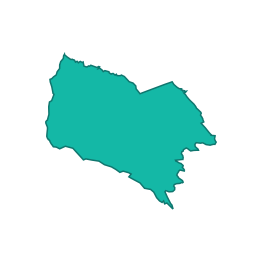 Kongba, Gbapolu, Liberia, rotated 70°
{"feature_id": "62588387B18809430914172", "entity_name": "Kongba", "entity_type": "district", "adm_level": 2, "iso_a3": "LBR", "parent_name": "Liberia", "parent_adm1": "Gbapolu", "projection": "mercator", "projection_center": [-10.454, 7.678], "detail": "fine", "context": "isolated", "style": "filled", "palette": "teal", "viewbox_px": 256, "rotation_deg": 70, "n_neighbors": 0, "source": "geoboundaries", "source_scale": "gbopen_adm2", "svg_char_len": 3253}
<svg xmlns="http://www.w3.org/2000/svg" viewBox="0 0 256 256"><g transform="rotate(70 128 128)"><path d="M219.0,113.7L218.9,113.3L218.6,113.3L215.9,113.1L215.3,113.1L213.5,113.8L206.4,114.7L200.6,115.1L200.3,114.8L200.0,114.2L199.8,113.9L202.0,111.3L202.7,108.9L203.0,107.7L202.0,105.3L199.9,104.4L198.9,104.8L198.3,105.0L197.0,103.9L196.9,101.5L197.8,98.2L197.6,96.4L198.1,95.5L198.0,95.2L197.8,94.7L196.1,94.8L192.8,97.1L192.7,97.2L191.4,97.7L191.2,97.6L189.0,98.3L187.7,97.2L186.0,95.0L185.6,94.6L185.3,93.5L186.2,92.1L187.5,90.1L187.4,90.1L186.9,89.4L185.7,89.6L183.4,90.4L183.0,89.7L182.9,89.5L182.1,89.0L180.2,90.0L179.4,90.4L179.4,90.5L179.0,91.0L178.7,91.5L176.1,93.6L175.6,94.3L175.4,94.3L174.5,94.4L174.7,93.8L176.2,87.4L176.3,87.2L175.6,86.8L174.7,86.3L172.5,86.0L170.5,86.7L170.2,86.4L169.2,85.8L168.6,85.4L168.6,84.9L168.6,84.1L167.7,83.5L167.3,83.3L166.7,80.1L167.2,79.6L168.1,78.8L169.0,78.3L169.2,78.2L171.0,76.9L171.5,74.0L172.0,72.3L173.0,69.4L171.9,69.4L168.5,71.2L166.3,70.8L165.5,69.5L165.1,68.9L166.0,67.2L167.2,64.7L167.2,63.5L167.9,62.4L170.3,60.3L172.2,56.7L172.5,53.5L173.1,51.9L172.9,51.7L171.4,50.0L169.7,50.4L168.8,50.4L167.8,50.4L165.3,48.9L165.0,48.8L164.6,49.7L163.3,52.4L162.8,52.1L162.1,52.5L161.6,52.7L160.5,53.2L154.3,55.3L153.3,55.7L149.5,57.3L148.5,57.7L148.4,56.6L148.3,55.5L148.2,54.7L146.0,54.8L144.6,54.6L144.3,54.7L142.7,54.9L140.7,55.5L139.4,54.4L139.1,54.1L137.8,54.3L137.5,54.5L136.7,54.9L135.4,55.5L133.1,56.7L132.8,56.9L131.2,57.0L128.1,57.9L127.3,58.3L123.7,60.1L122.1,60.8L118.5,62.1L116.2,62.6L114.1,63.6L114.1,63.0L114.1,61.8L113.4,60.6L113.2,61.6L113.0,62.2L112.3,62.2L112.0,63.8L111.2,63.6L110.4,64.9L110.0,64.7L109.5,64.3L109.0,65.4L108.5,66.5L106.3,68.1L102.8,70.0L99.7,70.7L99.7,72.7L99.6,78.0L99.8,98.3L99.9,105.0L97.1,105.9L94.0,107.0L91.9,106.5L91.1,106.3L87.5,107.9L84.9,111.1L82.2,112.2L78.4,113.8L76.0,116.1L76.2,117.3L75.1,120.3L73.5,120.6L73.9,122.0L71.7,123.3L71.4,124.6L71.6,125.4L69.8,126.7L68.6,126.7L66.2,130.1L66.5,132.0L64.9,132.4L62.0,134.2L62.0,135.5L60.8,133.8L60.2,134.5L60.5,136.5L56.3,141.5L56.8,143.0L56.2,143.8L56.6,145.6L56.2,146.4L54.8,148.2L50.6,147.6L50.8,148.6L49.1,150.1L49.7,152.3L47.9,153.0L48.1,154.8L45.9,155.1L44.8,156.5L44.3,156.9L44.2,158.2L40.6,160.8L37.4,162.6L37.0,162.5L38.1,163.8L40.5,165.0L42.6,168.5L45.3,170.6L48.7,171.9L50.9,175.3L53.6,177.3L54.5,180.5L55.6,182.8L55.6,184.7L58.2,185.3L63.3,185.5L69.9,186.6L71.0,186.0L76.2,190.4L76.7,192.9L80.9,195.2L88.1,197.6L93.1,201.1L93.1,201.5L93.7,202.7L93.8,202.9L95.1,203.5L96.0,203.5L97.3,203.5L99.6,203.4L100.5,203.7L101.2,203.9L103.4,205.0L105.9,206.2L107.9,207.1L108.3,207.2L110.1,207.2L111.9,206.4L112.1,206.3L112.1,206.5L112.8,206.0L113.8,205.9L114.7,205.9L116.9,205.5L118.4,205.0L119.7,204.7L120.1,204.6L121.4,201.9L124.2,199.3L123.7,193.1L128.2,186.7L129.9,186.0L132.4,185.0L142.1,181.0L142.7,180.8L142.7,179.4L142.6,178.2L145.7,173.0L149.2,166.6L154.4,162.7L158.9,156.8L162.9,153.5L166.3,151.2L166.9,150.8L166.9,147.3L170.2,142.7L171.5,141.5L172.3,140.8L174.2,143.9L176.5,142.0L183.7,135.5L190.3,133.1L191.2,131.5L191.6,130.9L193.4,127.8L197.1,125.7L203.3,124.9L207.3,123.3L209.6,121.4L208.7,119.5L211.8,119.5L211.8,117.1L219.0,113.7Z" fill="#14b8a6" stroke="#0f766e" stroke-width="1.5"/></g></svg>